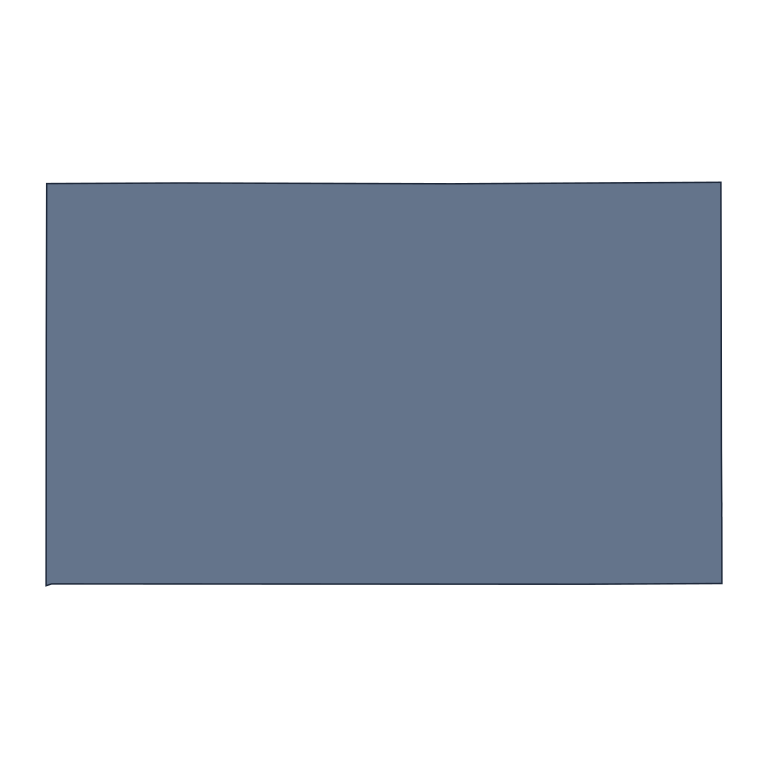 Harvey, Kansas, United States of America (Natural Earth projection)
{"feature_id": "52423323B99569096739159", "entity_name": "Harvey", "entity_type": "district", "adm_level": 2, "iso_a3": "USA", "parent_name": "United States of America", "parent_adm1": "Kansas", "projection": "natural_earth1", "projection_center": [-97.372, 38.043], "detail": "fine", "context": "isolated", "style": "filled", "palette": "slate", "viewbox_px": 768, "rotation_deg": 0, "n_neighbors": 0, "source": "geoboundaries", "source_scale": "gbopen_adm2", "svg_char_len": 319}
<svg xmlns="http://www.w3.org/2000/svg" viewBox="0 0 768 768"><path d="M46.7,183.6L46.3,339.2L46.1,585.7L51.6,583.9L585.8,584.2L721.9,583.5L721.8,517.3L721.7,516.4L721.8,503.6L721.7,501.4L721.4,449.3L721.2,315.5L720.9,182.3L452.2,183.8L181.4,183.0L46.7,183.6Z" fill="#64748b" stroke="#1e293b" stroke-width="1.5"/></svg>